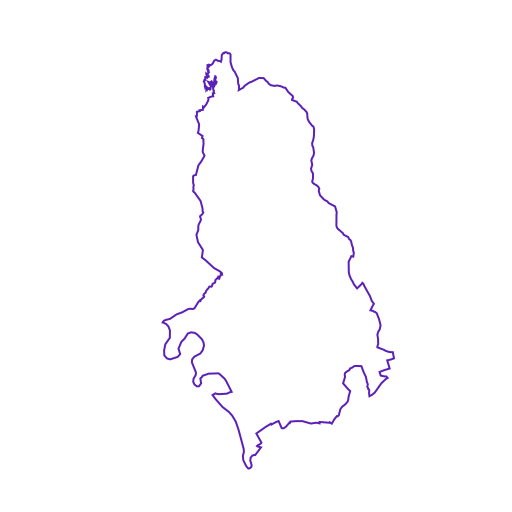 the district of Unirea, Alba, Romania, rotated 77°
{"feature_id": "2599482B55596473633613", "entity_name": "Unirea", "entity_type": "district", "adm_level": 2, "iso_a3": "ROU", "parent_name": "Romania", "parent_adm1": "Alba", "projection": "robinson", "projection_center": [23.708, 46.42], "detail": "fine", "context": "isolated", "style": "outline", "palette": "violet", "viewbox_px": 512, "rotation_deg": 77, "n_neighbors": 0, "source": "geoboundaries", "source_scale": "gbopen_adm2", "svg_char_len": 6004}
<svg xmlns="http://www.w3.org/2000/svg" viewBox="0 0 512 512"><g transform="rotate(77 256 256)"><path d="M297.9,353.9L298.0,358.3L298.3,360.0L299.1,361.4L299.8,361.9L300.0,361.4L302.0,358.9L304.9,357.2L309.3,356.6L316.4,358.4L321.6,364.2L327.4,366.8L332.3,367.7L335.8,365.8L337.4,362.9L336.7,355.0L334.5,351.9L328.9,352.4L322.9,348.1L320.5,344.3L316.2,339.9L315.8,336.4L317.1,333.0L319.3,330.9L325.0,327.4L328.3,326.6L331.6,326.8L335.9,329.2L338.5,332.2L340.2,338.7L342.4,341.5L345.2,342.4L356.0,340.7L358.4,341.5L361.6,344.5L364.6,345.5L367.5,344.8L369.8,342.8L370.1,340.8L367.7,338.1L362.8,337.8L361.9,336.1L360.7,334.9L360.0,328.6L361.9,319.0L362.6,318.2L368.5,314.2L371.1,313.2L382.9,310.3L382.9,312.5L383.6,315.3L382.3,323.2L381.2,325.9L380.7,326.5L381.7,329.6L386.1,327.7L395.6,322.6L401.8,317.5L406.2,315.1L412.7,313.0L421.3,312.1L440.9,311.4L444.0,311.8L447.9,313.8L452.3,314.3L458.5,312.8L461.4,311.3L461.4,309.7L460.5,308.0L458.6,307.3L454.0,307.6L451.2,306.5L449.6,304.4L449.5,302.4L449.8,301.6L443.6,294.2L441.9,297.4L441.4,297.8L440.8,296.7L440.0,293.8L439.1,292.7L429.0,295.6L424.7,285.0L422.8,279.2L423.7,279.0L422.3,273.9L421.9,271.1L429.5,269.7L430.0,268.4L430.1,267.8L429.0,265.1L425.7,260.6L426.1,260.4L425.1,259.6L425.9,254.1L427.4,247.8L431.6,240.2L432.0,234.8L433.4,231.7L432.0,231.4L435.1,221.7L434.7,221.5L436.4,219.9L433.0,216.7L430.2,213.3L430.6,212.5L429.7,211.1L424.3,208.3L422.4,206.2L420.4,202.0L418.5,199.5L416.8,198.5L413.4,197.2L408.8,194.6L406.8,196.0L399.7,199.8L394.0,196.5L391.3,196.2L390.0,195.5L388.9,193.2L388.2,190.7L386.8,189.8L386.3,187.0L385.5,185.4L385.4,184.1L387.0,178.1L393.7,177.2L398.5,176.1L403.7,176.3L406.1,175.9L408.4,177.0L409.8,176.5L410.9,176.6L411.2,176.1L412.1,175.8L415.1,176.7L418.1,177.0L417.4,174.3L415.8,171.0L408.3,162.6L405.1,157.2L404.4,155.2L402.7,156.1L402.4,157.4L400.6,161.4L396.8,161.7L396.1,157.0L395.7,151.1L387.2,151.6L387.2,148.1L386.8,144.6L380.5,144.3L379.8,147.0L378.8,149.1L377.2,151.5L376.3,152.3L372.3,158.3L371.3,158.0L369.0,156.6L367.1,156.4L365.0,155.8L359.8,155.4L357.1,153.8L355.4,152.0L351.5,150.2L345.6,150.3L339.0,151.2L337.5,152.3L336.8,153.6L335.9,154.2L334.7,156.7L331.8,154.4L329.1,151.9L325.8,153.3L320.6,154.0L310.0,157.1L307.2,157.6L306.1,158.4L307.0,159.3L310.3,164.8L305.5,167.0L302.9,167.5L300.1,168.5L296.4,169.2L293.0,169.3L282.4,167.0L277.6,163.1L278.5,161.4L275.1,160.0L272.5,160.1L270.1,159.7L266.2,160.1L263.7,160.0L261.9,160.3L260.4,161.5L258.3,161.9L255.0,165.8L253.3,166.2L247.8,170.2L246.8,170.6L244.8,170.9L233.9,168.3L231.6,167.5L225.5,167.8L220.8,173.3L218.8,174.2L217.3,176.1L215.9,177.3L211.7,179.7L211.1,180.0L207.1,180.2L206.2,180.1L204.8,179.2L202.9,179.6L201.2,180.6L198.3,183.7L197.0,184.4L196.2,184.5L193.1,183.0L188.3,181.9L185.8,182.8L183.2,182.7L179.9,180.7L175.3,180.6L173.4,179.5L171.0,177.3L168.3,176.2L162.8,175.8L161.3,176.3L158.6,175.9L156.0,174.2L152.2,172.6L145.8,170.9L142.8,170.9L141.5,172.1L137.5,174.0L134.9,174.7L133.2,174.8L128.9,174.1L127.4,174.2L124.3,175.9L121.8,177.9L120.3,178.4L116.5,180.9L114.8,181.6L112.1,185.8L111.2,185.5L110.1,184.3L108.5,184.2L103.4,187.7L98.7,189.5L98.0,191.3L96.3,193.4L94.6,197.0L94.5,199.4L93.0,203.1L91.0,204.8L89.1,205.5L87.6,206.8L84.4,208.5L83.2,213.0L85.4,221.8L85.3,223.0L87.5,228.6L89.2,230.8L90.4,235.4L89.4,234.9L88.1,234.8L86.4,234.2L84.3,234.6L78.6,233.7L71.6,235.3L69.6,236.4L66.2,237.0L61.3,237.2L54.0,235.5L53.0,235.8L52.4,236.4L52.2,237.9L51.2,238.5L50.7,239.3L50.6,240.4L51.2,241.2L50.8,242.0L52.4,244.1L57.1,245.5L58.8,246.5L58.1,247.1L57.1,249.5L56.0,250.4L55.7,251.3L56.7,253.2L58.8,254.9L59.7,256.6L59.7,257.6L58.9,259.0L59.3,261.3L59.4,260.0L61.2,260.8L61.1,259.6L62.0,260.8L63.0,261.4L63.8,261.3L64.0,260.6L64.8,260.5L65.0,261.1L65.6,261.2L66.4,260.6L67.4,261.8L67.4,263.2L67.1,263.4L68.0,263.6L69.1,263.2L69.4,261.9L69.7,261.8L69.9,262.3L70.7,261.9L70.9,263.1L71.4,263.5L70.4,264.6L70.6,264.8L70.4,265.2L72.2,265.8L72.9,265.6L73.2,266.1L73.0,266.6L74.2,267.6L75.1,267.6L74.3,267.3L74.5,267.2L78.1,267.2L78.6,267.6L80.4,267.6L80.1,267.3L80.6,267.0L80.6,266.6L79.1,266.6L80.6,265.9L81.5,266.6L81.2,267.1L82.5,266.7L83.1,266.9L82.9,266.6L83.2,266.4L82.4,265.8L81.0,265.8L82.1,265.0L81.8,264.7L82.0,264.3L81.1,264.3L81.9,264.1L81.6,263.5L82.3,264.3L82.7,263.8L82.9,264.1L83.2,263.7L83.1,263.4L83.4,263.3L83.1,262.8L80.3,261.8L75.6,263.3L76.7,261.7L76.3,261.0L76.4,260.6L75.1,259.4L77.2,260.9L77.5,260.4L77.0,259.7L77.5,259.5L78.1,260.2L78.2,259.9L78.9,260.9L79.2,260.4L79.0,259.6L77.5,257.8L73.6,256.4L71.7,255.3L72.0,255.0L73.2,254.9L75.2,256.2L77.6,257.0L78.0,256.7L77.8,256.1L77.3,256.0L77.6,255.7L77.1,255.5L77.6,255.2L79.1,256.3L78.0,257.2L81.1,259.9L81.4,259.7L80.5,258.5L80.6,258.1L81.3,258.7L81.2,259.1L82.4,259.6L82.6,260.1L84.7,260.2L85.3,259.8L86.4,260.3L87.9,260.1L87.8,261.5L90.8,261.8L90.6,262.9L90.8,265.0L91.3,267.1L92.1,267.0L93.5,267.4L97.0,270.3L99.4,273.2L98.5,274.0L101.6,274.9L101.3,278.2L102.2,278.2L102.2,281.1L106.2,282.1L106.5,282.3L106.4,283.1L115.0,281.8L120.7,283.7L123.0,284.9L127.1,281.1L128.9,282.1L130.2,281.0L135.1,281.9L140.0,283.8L142.7,284.5L146.7,283.6L151.2,287.7L154.7,291.7L163.5,296.3L163.6,298.8L164.3,299.4L170.5,300.8L172.9,300.7L174.7,301.5L177.4,302.0L178.5,302.7L179.8,302.2L180.2,301.6L190.0,297.6L197.6,297.4L200.4,298.0L201.8,297.6L203.1,298.8L204.7,301.6L207.9,301.4L209.3,302.1L212.3,304.7L213.9,305.5L217.7,306.4L222.0,309.3L229.6,309.4L237.8,306.5L238.6,306.5L245.2,309.1L248.8,306.1L258.2,299.7L262.9,294.6L265.0,293.1L266.3,293.2L265.6,294.3L267.1,294.7L267.6,295.5L267.6,296.9L268.8,296.3L269.9,296.9L269.6,297.5L268.6,297.5L268.4,298.0L270.4,301.0L272.6,301.8L273.4,304.6L275.2,305.5L275.9,306.3L275.3,307.9L275.4,308.5L276.9,309.8L277.6,311.1L278.9,312.5L280.5,313.5L280.8,314.4L281.9,315.8L282.9,316.1L283.7,315.6L284.3,315.9L285.6,318.6L286.3,319.4L286.3,320.2L287.5,320.5L287.3,321.9L287.7,322.4L293.2,327.8L293.4,329.4L293.2,330.5L292.7,331.3L292.4,333.9L294.3,340.6L295.0,346.5L297.9,353.9Z" fill="none" stroke="#5b21b6" stroke-width="2"/></g></svg>